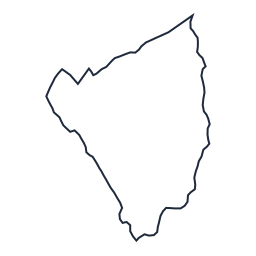 Elísio Medrado, Bahia, Brazil (Equal Earth projection)
{"feature_id": "56859067B75259034115126", "entity_name": "Elísio Medrado", "entity_type": "district", "adm_level": 2, "iso_a3": "BRA", "parent_name": "Brazil", "parent_adm1": "Bahia", "projection": "equal_earth", "projection_center": [-39.53, -12.938], "detail": "fine", "context": "isolated", "style": "outline", "palette": "slate", "viewbox_px": 256, "rotation_deg": 0, "n_neighbors": 0, "source": "geoboundaries", "source_scale": "gbopen_adm2", "svg_char_len": 1498}
<svg xmlns="http://www.w3.org/2000/svg" viewBox="0 0 256 256"><path d="M136.4,240.6L138.8,237.9L141.5,236.2L144.5,234.3L148.9,235.6L153.9,235.1L157.2,232.0L157.8,227.1L158.8,223.3L160.5,215.9L163.0,211.2L166.1,207.9L170.3,208.1L174.5,208.4L180.6,208.4L184.7,205.8L187.5,201.8L188.0,195.2L190.8,192.2L194.8,189.3L195.3,184.7L194.3,177.7L195.8,171.3L197.6,166.3L198.8,161.2L201.5,156.6L203.4,149.6L206.8,146.8L209.3,143.7L208.2,139.5L207.5,134.4L207.7,128.4L209.7,124.2L208.1,118.3L206.5,114.7L203.9,111.4L202.7,105.0L203.4,98.6L204.5,92.7L204.1,87.5L202.9,81.7L201.4,75.8L202.7,69.2L205.6,66.3L204.1,62.5L202.5,58.0L199.4,55.1L197.1,51.9L197.8,47.1L197.9,42.0L197.6,37.8L195.1,34.4L193.2,31.2L190.6,28.3L190.4,21.7L192.6,15.4L168.4,32.3L155.7,38.0L145.9,42.5L141.3,46.4L139.0,49.6L135.3,52.6L130.2,52.4L125.3,54.2L119.5,56.5L114.8,58.1L112.0,60.7L106.3,66.9L101.6,69.2L99.1,71.4L96.4,73.7L93.3,75.2L91.1,71.4L88.9,68.6L77.9,83.9L70.2,75.0L62.1,69.2L58.3,73.3L54.9,77.9L52.1,83.6L50.3,87.0L48.6,90.9L46.3,96.3L48.4,100.8L50.6,105.0L52.5,108.4L53.9,112.4L56.7,114.8L59.4,117.2L61.2,121.1L63.3,125.3L66.3,128.2L70.2,131.8L74.6,130.4L79.3,135.0L81.2,138.5L83.9,143.0L85.7,147.0L86.4,152.3L89.8,155.3L92.6,156.7L95.6,161.4L97.7,165.0L99.5,168.4L101.4,171.2L103.5,175.2L105.7,178.9L108.2,183.4L110.7,187.8L114.2,192.6L117.2,197.9L120.1,202.6L122.1,207.9L119.4,214.0L119.9,219.1L122.6,222.9L126.6,222.0L130.2,225.2L130.2,231.2L133.0,236.4L136.4,240.6Z" fill="none" stroke="#1e293b" stroke-width="2"/></svg>